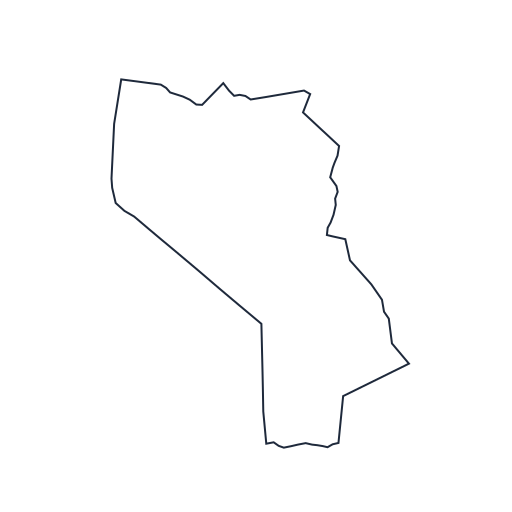 Glória do Goitá, Pernambuco, Brazil (Albers equal-area conic projection), rotated 257°
{"feature_id": "56859067B24226847288398", "entity_name": "Glória do Goitá", "entity_type": "district", "adm_level": 2, "iso_a3": "BRA", "parent_name": "Brazil", "parent_adm1": "Pernambuco", "projection": "albers", "projection_center": [-35.342, -8.009], "detail": "fine", "context": "isolated", "style": "outline", "palette": "slate", "viewbox_px": 512, "rotation_deg": 257, "n_neighbors": 0, "source": "geoboundaries", "source_scale": "gbopen_adm2", "svg_char_len": 1028}
<svg xmlns="http://www.w3.org/2000/svg" viewBox="0 0 512 512"><g transform="rotate(257 256 256)"><path d="M458.4,164.4L416.7,147.5L363.9,132.6L354.8,131.2L347.1,131.2L339.2,131.2L329.5,138.0L321.9,146.1L305.0,158.7L292.1,168.4L280.4,177.3L255.4,196.1L231.7,213.6L212.1,228.3L188.7,246.0L141.2,236.2L125.9,233.0L102.8,228.1L70.8,223.8L70.5,231.3L65.9,235.4L63.0,240.0L62.8,247.2L62.8,254.4L62.5,262.3L59.6,268.2L57.9,273.1L55.8,278.2L53.6,282.7L55.3,288.3L55.3,294.3L99.9,309.4L116.7,380.8L140.2,368.8L165.1,371.3L172.9,368.2L185.0,368.9L202.4,362.0L223.1,350.7L230.6,346.6L252.3,346.8L258.0,334.8L260.5,329.8L267.4,332.2L271.8,336.2L278.7,340.8L287.8,345.2L294.1,346.0L300.1,350.0L306.1,350.1L316.0,346.0L324.9,350.7L329.2,353.5L335.4,358.0L344.5,361.7L385.3,334.1L401.6,345.2L406.4,340.0L408.7,301.0L409.7,286.0L414.3,281.7L416.7,276.3L417.0,270.7L423.2,266.9L431.8,263.0L415.4,237.5L417.0,231.9L423.2,226.6L427.8,220.7L434.7,209.1L439.9,206.3L444.4,201.8L458.4,164.4Z" fill="none" stroke="#1e293b" stroke-width="2"/></g></svg>